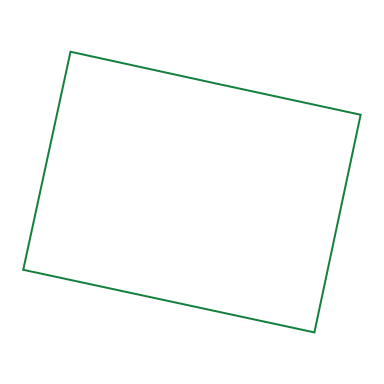 Montgomery, Iowa, United States of America, rotated 12°
{"feature_id": "52423323B65551629720369", "entity_name": "Montgomery", "entity_type": "district", "adm_level": 2, "iso_a3": "USA", "parent_name": "United States of America", "parent_adm1": "Iowa", "projection": "albers", "projection_center": [-95.156, 41.03], "detail": "fine", "context": "isolated", "style": "outline", "palette": "green", "viewbox_px": 384, "rotation_deg": 12, "n_neighbors": 0, "source": "geoboundaries", "source_scale": "gbopen_adm2", "svg_char_len": 254}
<svg xmlns="http://www.w3.org/2000/svg" viewBox="0 0 384 384"><g transform="rotate(12 192 192)"><path d="M192.5,80.9L44.0,80.1L43.4,229.0L43.1,303.2L340.9,303.9L340.9,230.1L340.9,81.4L192.5,80.9Z" fill="none" stroke="#15803d" stroke-width="2"/></g></svg>